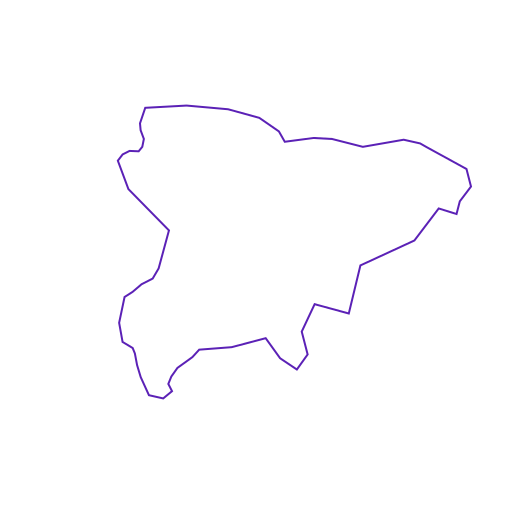 an SVG outline of Plavinu, rotated 205°
{"feature_id": "LVA-5728", "entity_name": "Plavinu", "entity_type": "Municipality", "adm_level": 1, "iso_a3": "LVA", "parent_name": "Latvia", "parent_adm1": "", "projection": "orthographic", "projection_center": [25.741, 56.702], "detail": "fine", "context": "isolated", "style": "outline", "palette": "violet", "viewbox_px": 512, "rotation_deg": 205, "n_neighbors": 0, "source": "natural_earth", "source_scale": "10m", "svg_char_len": 842}
<svg xmlns="http://www.w3.org/2000/svg" viewBox="0 0 512 512"><g transform="rotate(205 256 256)"><path d="M294.2,84.6L309.3,97.5L317.7,106.9L324.6,116.5L328.9,120.5L340.6,121.7L351.8,137.6L357.8,163.3L352.7,171.3L347.8,182.0L340.1,191.9L339.0,203.6L345.7,242.4L399.9,262.7L421.5,284.0L419.8,291.7L415.0,297.8L406.6,301.3L405.2,306.9L407.1,314.7L413.7,321.2L417.2,327.2L419.0,343.5L382.5,363.0L343.3,377.2L311.4,382.6L287.9,378.6L278.2,371.7L253.7,387.3L236.5,394.2L205.3,400.1L171.3,423.8L154.8,427.4L147.6,426.8L102.0,423.8L90.5,409.8L94.4,391.7L92.0,378.8L110.5,376.3L119.0,337.0L157.4,291.6L147.6,243.1L182.5,237.1L182.6,206.8L167.6,188.6L171.0,170.4L190.9,173.5L212.5,185.6L239.5,163.1L267.9,147.1L270.9,137.5L279.9,121.4L281.8,111.0L281.4,103.0L275.0,98.0L279.9,87.7L294.2,84.6Z" fill="none" stroke="#5b21b6" stroke-width="2"/></g></svg>